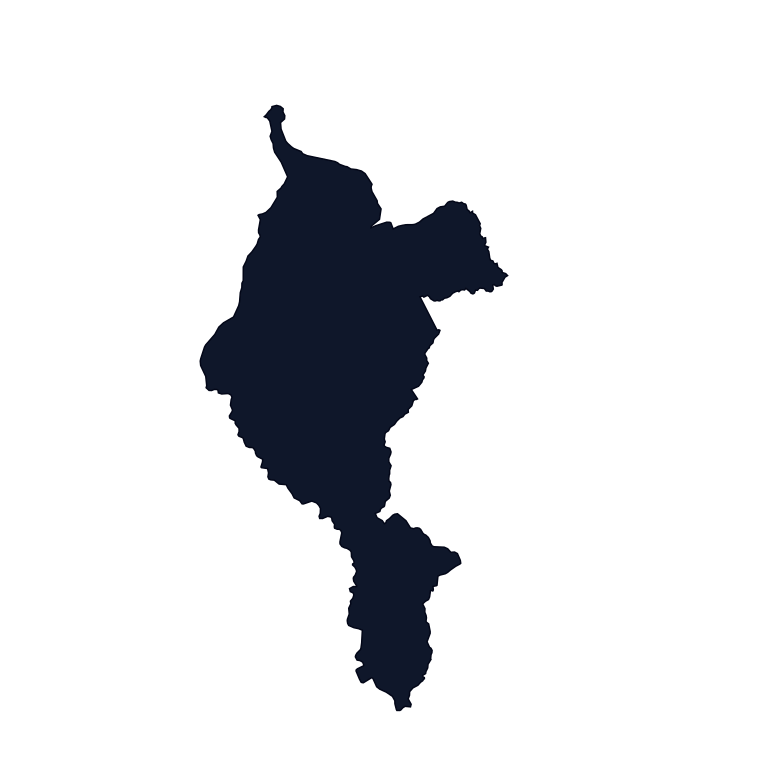 outline of Mora, San José, Costa Rica, rotated 242°
{"feature_id": "36466004B40218222859815", "entity_name": "Mora", "entity_type": "district", "adm_level": 2, "iso_a3": "CRI", "parent_name": "Costa Rica", "parent_adm1": "San José", "projection": "robinson", "projection_center": [-84.265, 9.872], "detail": "fine", "context": "isolated", "style": "filled", "palette": "ink", "viewbox_px": 768, "rotation_deg": 242, "n_neighbors": 0, "source": "geoboundaries", "source_scale": "gbopen_adm2", "svg_char_len": 6147}
<svg xmlns="http://www.w3.org/2000/svg" viewBox="0 0 768 768"><g transform="rotate(242 384 384)"><path d="M676.2,403.8L674.6,405.0L674.2,405.9L669.8,406.6L659.7,403.7L656.2,399.8L652.7,399.1L648.4,399.0L644.3,397.2L640.0,396.3L628.1,397.4L612.2,396.2L607.5,389.8L606.4,386.7L605.3,384.9L604.2,380.1L599.0,377.5L592.7,366.9L590.9,360.4L591.2,356.6L592.2,353.3L592.1,352.0L587.2,352.0L578.9,345.5L576.4,344.3L574.0,344.4L571.9,343.8L570.6,341.1L567.1,337.7L565.7,335.4L562.6,329.2L560.9,324.0L557.1,319.9L553.4,314.7L541.3,308.2L539.7,305.9L535.8,303.7L532.1,300.0L524.4,295.1L521.4,292.5L513.8,282.6L513.4,271.1L511.8,264.9L507.2,257.9L502.2,244.9L500.9,242.9L492.4,234.1L490.5,232.5L486.4,230.8L474.4,230.2L465.8,226.7L464.2,225.2L460.5,226.5L459.2,228.7L458.9,231.6L457.5,234.0L456.5,234.5L453.9,233.6L451.4,236.0L449.0,241.4L448.0,242.6L446.1,243.7L443.7,243.6L441.9,241.7L437.4,238.5L432.7,238.1L431.3,237.4L428.4,232.5L426.8,231.9L426.0,231.9L421.7,235.1L420.7,235.1L419.3,234.2L417.3,234.2L412.9,235.2L410.0,233.7L407.7,231.2L406.0,231.4L403.2,233.8L402.1,234.2L398.2,233.3L393.8,233.1L391.2,235.3L389.9,237.6L388.8,238.6L385.3,238.9L383.2,238.1L380.5,237.9L378.9,238.5L374.5,241.6L372.1,240.0L368.5,236.4L367.7,236.5L364.0,241.5L359.7,240.3L356.5,237.9L354.0,237.7L352.5,239.1L350.6,242.0L344.9,244.4L341.0,250.4L336.9,250.3L330.2,251.3L325.6,251.2L320.6,254.8L316.6,255.4L315.9,256.7L314.5,265.3L310.7,268.6L307.4,269.5L304.0,269.5L299.7,267.0L297.7,264.6L295.5,264.1L294.1,266.6L293.6,272.1L291.6,274.6L290.1,274.9L287.6,274.0L283.4,274.5L281.1,273.0L279.9,272.7L277.7,274.5L276.6,276.5L275.1,277.1L272.5,276.9L265.3,271.0L263.5,270.1L260.4,270.5L258.0,272.2L256.2,274.2L253.3,275.9L251.7,276.2L250.7,276.1L246.7,274.2L242.4,274.4L240.9,274.0L240.0,273.5L239.8,271.8L239.0,271.3L236.1,272.3L233.1,272.3L231.3,271.8L228.6,268.6L227.7,266.4L226.7,265.6L224.1,264.7L218.3,265.1L218.1,264.3L219.6,261.8L219.5,257.5L216.5,256.8L214.2,258.6L212.4,258.5L211.3,257.8L209.4,255.8L208.0,252.4L205.5,251.5L202.6,247.6L197.2,245.3L193.5,241.3L192.2,240.4L189.6,239.5L187.4,239.5L183.0,243.0L179.9,246.7L176.8,249.3L166.0,242.8L161.8,239.8L160.6,238.6L159.1,233.8L157.7,231.6L156.5,230.6L152.9,230.6L151.0,233.0L148.4,234.6L145.3,234.2L144.8,233.7L145.0,226.9L144.7,225.4L143.8,224.6L135.0,223.8L131.4,223.8L130.7,224.4L129.9,225.5L130.5,235.2L129.3,236.0L120.1,235.4L116.5,237.0L110.9,241.3L104.3,244.8L99.3,244.9L96.5,243.5L90.8,242.1L89.7,242.1L88.3,244.7L88.3,245.9L89.3,248.5L89.5,251.3L86.5,255.8L88.5,257.6L94.6,257.5L97.2,260.4L100.3,262.2L102.1,266.9L102.1,272.5L103.5,276.3L103.8,278.8L104.7,280.3L104.8,281.3L105.9,281.8L107.1,280.9L108.6,281.3L108.8,284.8L110.4,286.0L112.8,289.3L115.9,291.3L118.8,296.2L119.5,296.2L123.0,298.5L124.2,300.1L126.2,301.4L128.7,301.4L130.1,300.6L136.2,301.0L142.2,307.7L143.9,308.6L151.2,310.8L153.7,309.7L154.8,309.7L157.6,311.7L159.9,312.5L163.4,312.9L166.4,314.7L171.7,314.9L172.7,318.5L172.8,322.1L174.6,324.3L179.7,328.0L179.5,328.9L178.4,329.8L178.4,330.2L179.3,331.0L182.3,332.2L181.3,335.6L181.4,336.3L189.0,341.4L189.0,343.8L187.7,349.0L187.8,351.8L188.6,355.4L189.4,361.8L189.4,366.6L189.7,367.6L192.5,368.6L199.8,369.2L202.5,367.4L204.0,364.0L208.6,362.9L211.6,360.6L216.8,351.8L218.3,350.5L221.8,350.3L224.1,351.1L227.7,351.1L231.2,349.9L231.7,349.2L233.8,348.3L238.4,348.1L240.2,347.3L241.4,345.8L242.1,344.2L242.3,342.3L244.5,339.8L253.0,339.2L263.1,335.0L264.0,332.4L264.0,330.1L262.6,325.7L262.1,322.0L260.6,320.5L260.5,318.7L264.2,318.3L269.2,315.1L273.8,315.5L273.4,320.5L275.2,322.3L275.7,323.9L275.7,326.4L276.1,327.2L279.7,330.0L280.8,335.0L282.8,337.3L287.0,338.4L291.9,342.9L293.9,343.5L296.2,342.9L298.1,343.7L301.6,346.1L301.8,346.7L305.2,348.5L308.5,351.9L312.8,351.7L314.7,352.5L316.4,353.6L319.0,356.9L320.7,358.3L324.5,358.9L327.0,356.3L328.6,355.4L330.0,355.3L332.4,357.9L335.2,358.4L339.7,361.6L340.4,363.0L340.6,366.0L342.8,369.0L343.4,374.2L345.2,377.7L346.5,382.0L346.3,385.4L347.6,388.2L347.6,392.2L350.2,393.4L351.7,398.3L355.5,402.1L355.8,404.0L355.1,405.5L355.1,406.6L366.3,405.5L365.8,413.4L367.8,418.2L369.6,420.0L370.6,422.1L371.5,422.8L373.7,422.5L376.0,426.6L378.5,428.6L381.5,432.9L384.7,432.7L386.8,433.9L390.8,433.9L392.1,434.7L394.6,439.6L394.6,440.8L396.3,442.4L397.3,446.5L399.8,448.5L400.7,449.9L402.5,455.7L405.1,458.6L406.1,457.9L406.7,456.1L444.1,456.7L443.6,459.3L442.0,460.0L441.9,464.0L439.9,465.0L437.5,465.1L434.0,467.1L433.3,468.1L432.9,470.0L431.5,471.7L431.1,472.7L431.4,474.3L430.8,475.2L431.4,477.6L430.6,480.1L430.5,483.3L431.9,487.2L431.9,490.8L431.2,493.3L430.3,493.5L430.9,495.8L430.4,497.6L429.2,499.3L430.0,501.2L425.2,503.3L423.7,503.3L422.1,504.4L421.7,505.4L421.9,506.6L423.9,508.8L422.8,510.6L423.6,512.1L423.7,513.7L421.2,517.4L418.1,517.9L417.1,519.7L415.8,520.7L415.2,522.0L415.3,523.0L416.5,525.1L420.2,526.4L420.1,528.0L418.4,528.5L417.3,529.6L416.0,534.5L416.7,535.2L418.2,535.7L421.5,541.0L421.7,544.0L424.3,543.3L427.0,540.7L428.4,541.4L429.7,541.3L433.5,539.3L437.5,540.4L437.7,539.0L438.8,537.7L441.5,537.9L443.3,536.2L445.6,536.5L451.7,538.7L454.6,538.6L455.8,540.5L458.7,538.0L459.4,538.0L461.3,540.5L465.5,542.3L466.3,539.4L467.9,539.8L469.3,538.9L471.8,539.1L476.0,542.5L478.9,542.7L480.4,544.2L490.5,544.2L493.3,542.5L494.9,543.2L494.7,540.4L497.0,540.3L499.0,539.3L503.3,540.5L504.6,540.4L505.9,538.9L508.0,537.9L508.6,535.0L509.7,534.4L511.2,532.2L513.2,530.6L514.4,527.3L514.4,525.5L512.5,521.0L514.0,516.8L514.0,513.2L511.4,507.9L511.4,495.9L510.3,491.3L510.4,486.7L511.1,484.4L514.3,478.2L515.4,474.9L516.5,470.7L516.6,464.9L523.2,465.7L524.0,465.1L525.6,462.4L527.6,451.2L528.0,445.9L529.4,446.9L531.5,457.3L540.0,463.6L546.5,463.0L549.1,464.0L559.5,463.7L563.2,464.7L564.6,465.6L566.0,467.2L578.6,466.1L582.6,464.1L586.2,460.4L589.4,455.7L593.2,453.4L594.3,451.9L598.9,447.8L601.1,446.9L603.5,445.1L621.7,423.3L625.5,420.3L628.2,420.0L634.3,414.9L637.1,413.5L641.7,411.9L644.5,411.3L657.4,412.8L663.4,415.4L664.7,420.6L667.5,422.4L671.6,422.5L674.4,424.2L677.7,422.8L680.4,420.0L681.5,415.3L680.4,414.6L679.3,412.7L678.8,410.4L676.9,406.3L676.2,403.8Z" fill="#0f172a" stroke="#020617" stroke-width="1.5"/></g></svg>